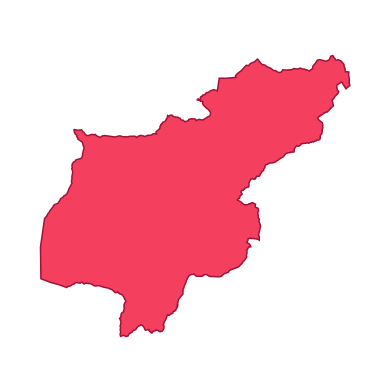 outline of Sekyere Central, Ashanti, Ghana, rotated 187°
{"feature_id": "2480657B47319682331963", "entity_name": "Sekyere Central", "entity_type": "district", "adm_level": 2, "iso_a3": "GHA", "parent_name": "Ghana", "parent_adm1": "Ashanti", "projection": "orthographic", "projection_center": [-1.176, 7.217], "detail": "fine", "context": "isolated", "style": "filled", "palette": "rose", "viewbox_px": 384, "rotation_deg": 187, "n_neighbors": 0, "source": "geoboundaries", "source_scale": "gbopen_adm2", "svg_char_len": 5955}
<svg xmlns="http://www.w3.org/2000/svg" viewBox="0 0 384 384"><g transform="rotate(187 192 192)"><path d="M178.8,308.3L179.2,295.5L182.9,296.3L186.1,294.6L188.0,292.8L189.8,292.4L191.1,290.3L193.3,289.4L193.6,288.9L193.4,288.2L194.8,287.7L195.3,286.8L194.8,285.9L195.1,284.8L196.5,284.5L196.7,285.1L197.4,285.2L198.0,284.1L195.8,283.9L194.4,282.9L193.0,283.4L192.0,282.6L192.4,281.4L191.3,279.6L187.9,277.0L185.8,275.9L183.8,273.8L183.2,272.3L183.3,270.4L183.6,269.8L186.6,267.7L187.6,266.5L188.2,266.5L189.4,265.0L191.1,264.7L193.7,265.0L196.9,263.4L197.3,264.6L198.8,264.9L202.2,264.5L204.2,263.5L204.4,262.3L207.4,261.0L208.0,261.0L209.3,262.1L211.5,262.2L213.1,263.9L214.4,264.0L215.2,264.5L219.3,264.4L221.1,265.8L222.7,265.7L224.6,264.5L225.5,264.9L225.6,263.9L225.1,263.4L226.3,261.7L226.1,261.4L226.5,260.9L226.6,259.9L227.8,258.5L229.4,257.7L230.6,255.7L230.5,255.4L231.2,255.0L231.1,254.1L231.8,253.3L231.5,251.7L231.9,250.9L235.0,247.3L234.3,245.4L235.1,245.2L236.1,245.5L237.9,244.9L239.5,243.4L243.1,242.8L245.3,241.4L249.8,242.0L252.0,240.9L253.7,239.4L254.7,240.2L255.8,240.4L260.6,239.7L263.0,238.8L265.7,238.7L266.3,238.3L270.0,238.9L271.6,238.7L275.0,237.2L285.6,237.4L287.3,237.0L290.0,235.0L293.6,236.2L294.9,237.3L297.0,236.9L298.7,237.0L301.3,235.5L303.4,235.2L305.5,236.7L306.7,238.1L307.5,238.4L309.1,240.2L312.9,239.4L316.6,239.6L316.6,238.6L316.1,238.0L316.0,236.9L314.8,235.2L313.8,234.8L313.0,232.7L312.1,232.0L311.9,230.8L307.0,228.0L305.8,225.6L305.6,224.5L304.5,223.2L305.3,216.3L305.1,214.4L305.6,212.6L306.3,211.8L310.9,209.9L312.0,208.1L313.3,207.3L314.3,205.1L314.3,202.7L313.7,201.7L314.2,200.5L312.8,197.4L313.1,192.5L312.7,190.4L313.0,188.8L312.8,187.1L312.2,186.1L314.6,179.9L315.1,177.3L315.6,176.5L315.5,175.5L317.4,173.3L318.9,172.4L319.6,170.8L321.4,169.6L323.3,165.1L324.3,164.1L326.7,162.8L327.8,161.8L328.1,160.4L331.1,155.5L331.4,153.9L332.4,152.9L333.3,150.1L335.1,147.8L335.7,119.0L331.4,87.5L321.4,85.0L312.4,83.7L304.8,81.9L303.4,83.3L300.9,84.1L299.6,85.4L297.5,86.5L296.9,87.6L296.1,88.1L291.9,87.8L290.7,88.8L289.9,89.0L288.0,87.5L286.2,88.7L283.1,88.5L281.7,88.8L277.9,87.1L276.1,86.9L274.0,87.6L272.1,87.6L268.4,86.8L263.4,86.4L259.2,85.2L256.3,82.9L255.4,82.7L253.8,83.7L252.0,82.4L248.8,81.5L247.0,79.6L245.8,77.4L244.7,76.3L244.2,75.0L245.2,74.0L245.2,73.1L245.8,71.7L245.4,70.4L245.6,69.6L244.8,68.5L245.5,66.3L245.1,65.3L245.3,64.8L246.7,63.8L247.4,62.5L247.5,59.4L248.5,57.4L247.4,56.9L247.6,56.2L246.7,54.5L246.6,51.7L247.1,50.5L246.4,48.7L246.5,46.8L245.6,43.5L246.1,42.4L245.7,41.0L245.2,40.4L245.4,39.4L244.2,40.9L243.5,40.8L242.3,41.5L240.2,40.5L237.9,41.3L237.5,42.8L236.7,43.9L234.1,45.8L234.0,46.6L233.2,47.4L231.1,48.6L229.3,51.9L226.2,54.0L224.4,53.1L223.2,51.9L221.8,49.4L221.0,49.2L219.3,50.0L218.2,49.6L217.7,50.0L217.4,48.9L215.4,47.3L214.5,47.2L214.5,48.2L213.6,48.9L213.0,48.8L212.9,49.4L211.6,50.2L211.1,50.0L210.7,50.6L208.8,50.4L207.5,49.5L206.8,49.8L206.4,49.5L204.6,50.3L203.7,51.7L203.3,53.2L203.4,55.3L204.5,56.5L203.9,57.5L203.9,58.8L202.2,63.4L201.4,67.0L199.5,66.8L198.1,68.6L197.6,68.5L196.3,69.2L196.1,71.0L195.3,71.6L194.7,71.5L193.7,72.8L193.3,74.7L192.6,75.3L192.8,76.3L192.5,76.7L192.9,77.4L192.2,78.1L192.7,78.4L192.9,79.4L192.6,79.9L192.4,83.2L190.1,87.4L188.6,89.4L189.0,94.7L188.3,95.8L188.4,97.0L187.1,101.1L186.9,103.1L185.1,108.1L183.2,109.8L179.7,110.7L178.0,109.2L177.1,109.0L172.7,109.4L171.1,109.9L169.8,111.4L168.3,111.8L167.2,111.7L164.6,110.5L163.4,110.4L154.9,111.1L152.8,111.7L150.2,114.7L146.1,116.8L145.4,118.4L144.7,119.1L136.7,123.3L133.4,127.5L133.3,128.3L131.5,130.6L129.7,134.3L130.2,135.2L130.0,138.5L130.4,140.4L129.7,142.9L128.7,144.3L126.9,144.8L128.0,146.7L128.5,146.8L128.9,147.5L131.6,148.7L130.7,150.5L130.5,152.6L128.8,153.2L123.1,153.3L121.0,153.1L119.4,152.4L119.6,155.3L120.7,157.5L119.8,166.2L120.4,168.1L121.9,170.9L122.0,173.5L123.1,174.6L123.2,176.3L124.3,179.5L123.6,181.1L124.0,183.0L124.7,184.0L127.2,184.7L127.6,185.4L127.4,187.6L130.4,188.7L130.7,188.3L131.2,188.6L131.7,188.4L132.4,188.0L132.4,187.5L134.1,187.2L135.3,186.1L138.7,185.7L142.3,188.2L145.9,189.5L146.1,189.8L145.6,190.7L144.3,191.3L143.9,192.4L143.7,194.3L142.8,194.9L142.0,196.0L143.4,198.0L143.1,199.3L141.3,200.1L140.8,201.1L140.2,201.2L140.1,202.0L137.8,203.5L136.6,203.8L136.2,204.4L136.6,207.9L135.6,211.0L134.6,212.3L133.7,212.7L132.8,212.2L131.2,212.4L131.2,212.9L130.7,213.0L129.8,215.4L126.9,216.0L126.3,218.1L125.2,220.0L125.4,220.9L123.7,221.9L123.4,222.6L123.7,223.6L122.6,225.0L122.9,225.7L122.1,228.0L120.6,228.6L118.4,230.2L115.2,230.8L112.6,232.1L111.9,233.1L110.5,233.9L109.7,235.0L105.5,238.3L103.6,241.5L101.2,242.7L99.6,242.9L99.1,243.5L95.8,244.1L95.5,244.4L95.7,246.7L94.9,249.2L93.6,250.6L92.1,250.3L90.9,251.0L89.7,252.1L89.6,253.1L84.3,254.5L83.8,255.0L82.0,254.6L81.1,255.6L79.2,256.1L78.7,256.7L77.3,256.5L76.4,257.4L75.1,257.8L74.0,259.0L73.0,258.9L71.6,259.7L71.2,261.5L71.5,262.1L71.4,264.3L70.4,265.3L70.1,266.5L70.3,269.6L70.0,271.6L70.4,274.4L71.2,276.7L75.5,279.4L76.2,281.2L69.4,287.2L67.4,288.0L62.1,295.0L64.2,300.3L62.9,301.6L61.6,304.4L59.2,307.4L58.6,309.5L60.3,311.0L61.4,315.6L56.9,319.5L51.8,313.2L48.3,316.9L49.3,319.7L49.4,322.4L50.8,327.4L50.9,330.1L51.6,330.3L54.3,330.1L54.9,331.0L55.0,332.9L56.3,335.4L56.8,337.3L60.2,340.3L63.3,341.1L64.0,340.4L65.6,340.6L66.2,341.7L68.2,343.2L68.2,344.0L69.1,344.6L70.9,343.6L71.7,340.7L72.5,339.5L75.0,338.1L81.4,339.0L83.7,338.1L85.1,335.0L87.3,331.7L87.5,329.0L88.9,327.9L90.1,326.3L92.4,327.1L95.8,327.7L97.0,327.5L99.5,328.2L102.6,326.8L105.9,327.0L108.1,325.4L109.2,325.5L110.6,325.0L114.3,324.4L116.8,324.4L117.6,322.6L118.6,321.5L121.1,321.3L123.7,322.5L126.1,322.6L128.4,324.2L133.3,325.7L134.9,326.8L138.0,327.1L141.1,329.8L142.2,331.3L143.3,331.9L145.9,328.8L149.6,326.8L151.3,324.3L153.5,324.4L153.9,324.0L158.3,318.0L161.2,315.2L162.9,313.0L162.9,311.9L162.4,311.1L172.3,309.0L178.8,308.3Z" fill="#f43f5e" stroke="#9f1239" stroke-width="1.5"/></g></svg>